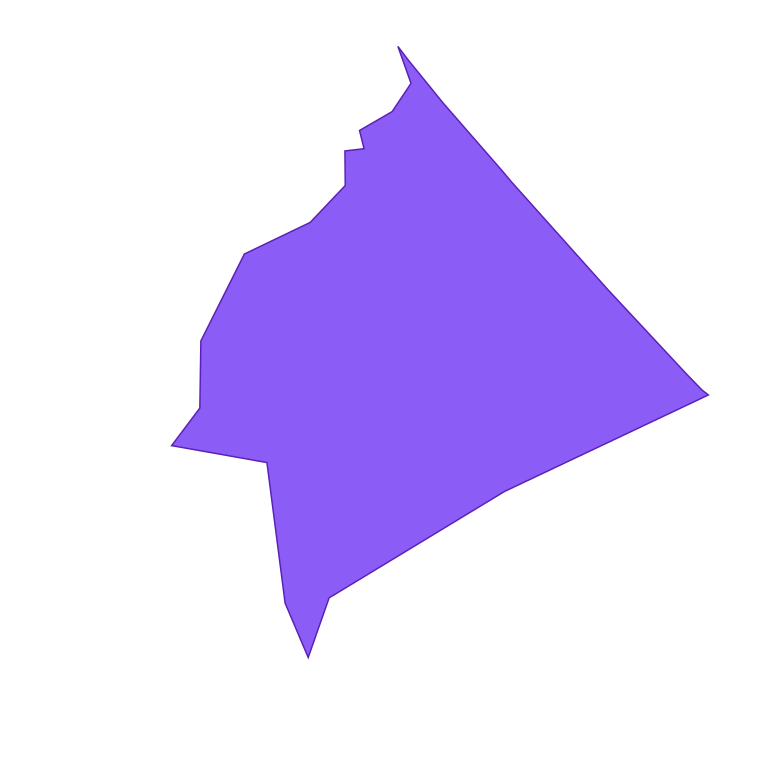 Clinton, Kentucky, United States of America (Albers equal-area conic projection), rotated 226°
{"feature_id": "52423323B366346892097", "entity_name": "Clinton", "entity_type": "district", "adm_level": 2, "iso_a3": "USA", "parent_name": "United States of America", "parent_adm1": "Kentucky", "projection": "albers", "projection_center": [-85.096, 36.751], "detail": "fine", "context": "isolated", "style": "filled", "palette": "violet", "viewbox_px": 768, "rotation_deg": 226, "n_neighbors": 0, "source": "geoboundaries", "source_scale": "gbopen_adm2", "svg_char_len": 483}
<svg xmlns="http://www.w3.org/2000/svg" viewBox="0 0 768 768"><g transform="rotate(226 384 384)"><path d="M487.2,188.4L408.8,245.2L295.0,160.6L239.9,139.5L268.3,196.0L223.0,396.0L150.8,609.7L158.5,608.6L179.3,608.5L296.9,610.6L441.1,616.1L455.2,617.1L545.0,621.7L600.4,626.5L617.2,628.5L581.5,612.3L574.3,579.1L583.4,542.5L567.1,533.1L578.8,517.8L553.7,494.0L551.5,443.2L574.5,373.9L542.2,282.2L494.6,234.8L487.2,188.4Z" fill="#8b5cf6" stroke="#5b21b6" stroke-width="1.5"/></g></svg>